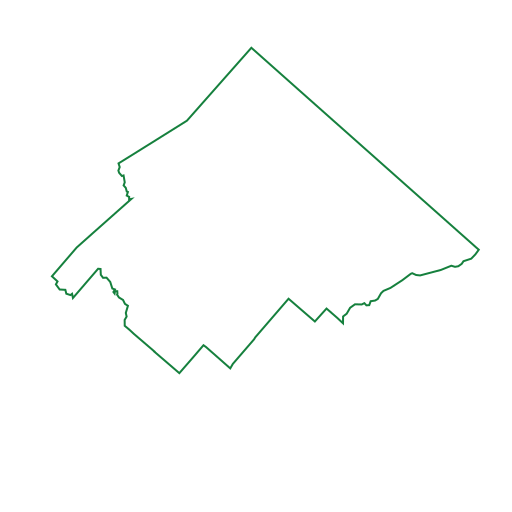 the district of Yavapai, Arizona, United States of America, rotated 131°
{"feature_id": "52423323B41142242539063", "entity_name": "Yavapai", "entity_type": "district", "adm_level": 2, "iso_a3": "USA", "parent_name": "United States of America", "parent_adm1": "Arizona", "projection": "albers", "projection_center": [-112.227, 34.707], "detail": "fine", "context": "isolated", "style": "outline", "palette": "green", "viewbox_px": 512, "rotation_deg": 131, "n_neighbors": 0, "source": "geoboundaries", "source_scale": "gbopen_adm2", "svg_char_len": 1358}
<svg xmlns="http://www.w3.org/2000/svg" viewBox="0 0 512 512"><g transform="rotate(131 256 256)"><path d="M102.6,332.8L101.9,396.1L199.2,396.9L251.3,412.8L276.3,420.5L278.3,417.2L281.8,415.9L283.0,413.9L283.6,409.7L282.1,408.8L286.5,403.4L289.6,402.2L290.0,399.0L292.1,395.9L291.7,394.7L295.2,393.2L294.6,390.5L296.5,388.9L294.7,387.5L344.6,394.0L367.2,396.9L405.2,396.7L405.4,389.1L408.7,388.4L410.1,382.2L406.6,377.7L408.9,374.4L407.2,370.4L405.2,370.0L407.8,366.6L369.2,366.8L367.8,364.8L372.0,360.8L372.8,357.1L370.4,354.6L371.2,349.0L374.8,343.1L373.8,340.5L376.7,340.0L377.1,338.1L375.1,339.3L373.6,337.6L375.3,335.9L376.3,335.5L377.2,332.2L376.4,327.5L378.1,323.5L377.6,320.0L384.4,316.9L386.6,313.9L390.4,313.2L394.8,309.3L394.7,302.8L394.9,297.2L394.7,270.1L394.9,270.1L394.7,237.0L372.9,237.0L357.8,237.1L357.5,234.1L357.7,201.7L352.6,202.7L320.1,202.8L317.9,203.2L266.9,203.4L266.8,168.6L249.4,168.3L249.4,153.9L249.7,146.2L244.5,150.6L240.1,149.7L233.3,151.0L227.5,149.6L223.2,144.4L220.5,143.3L220.8,140.3L218.8,138.3L214.9,139.8L211.5,136.9L208.5,135.9L202.0,137.2L198.7,136.9L191.9,133.6L178.3,129.7L167.9,127.5L166.5,126.8L165.3,122.7L163.0,119.4L145.2,107.3L135.2,102.2L133.6,98.7L131.0,96.6L127.0,95.6L123.8,96.0L116.8,91.8L110.8,91.5L105.1,92.0L105.1,95.9L103.5,247.2L102.6,332.8Z" fill="none" stroke="#15803d" stroke-width="2"/></g></svg>